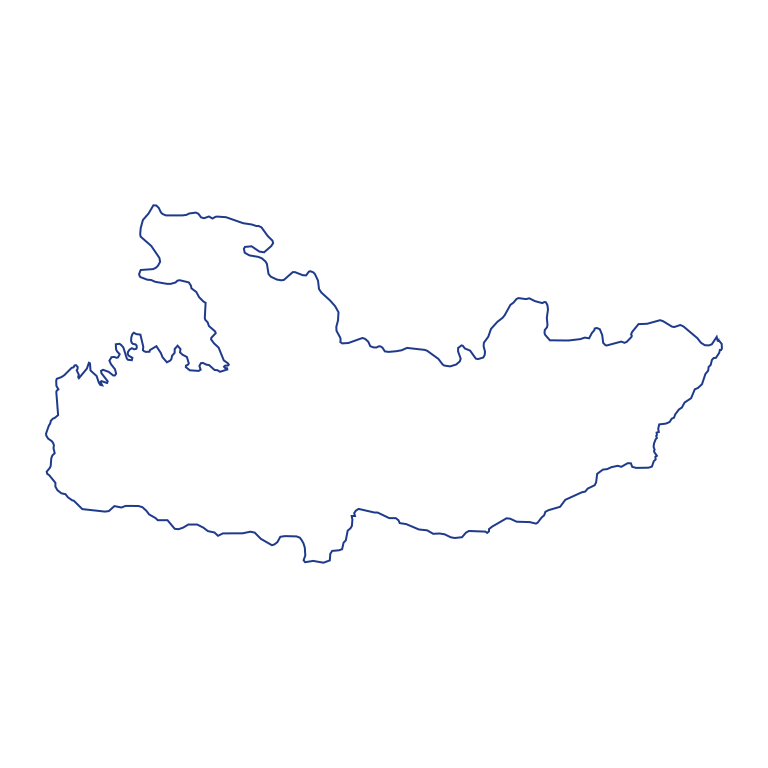 Qanya, Qacha's Nek, Lesotho (Mercator projection)
{"feature_id": "5366337B93749016515077", "entity_name": "Qanya", "entity_type": "district", "adm_level": 2, "iso_a3": "LSO", "parent_name": "Lesotho", "parent_adm1": "Qacha's Nek", "projection": "mercator", "projection_center": [28.412, -30.083], "detail": "fine", "context": "isolated", "style": "outline", "palette": "blue", "viewbox_px": 768, "rotation_deg": 0, "n_neighbors": 0, "source": "geoboundaries", "source_scale": "gbopen_adm2", "svg_char_len": 6073}
<svg xmlns="http://www.w3.org/2000/svg" viewBox="0 0 768 768"><path d="M303.6,560.2L305.1,562.2L313.2,560.9L323.5,562.7L329.8,560.4L330.3,553.8L332.2,550.9L339.0,550.3L342.1,549.2L343.6,542.6L345.8,540.4L347.7,530.6L350.4,528.4L351.9,525.9L352.4,519.7L351.7,516.0L355.0,516.0L354.2,513.1L355.8,510.7L358.6,508.9L374.3,512.5L377.5,512.5L389.2,518.1L395.7,518.1L398.5,520.3L399.7,523.1L406.2,524.1L419.0,529.5L427.1,530.3L433.2,533.8L439.6,533.5L444.6,534.3L450.8,537.3L454.8,538.0L462.0,537.2L466.0,532.6L468.9,531.0L485.3,531.6L487.2,532.9L489.0,531.4L489.0,529.1L492.0,526.7L506.5,518.3L510.2,518.7L516.6,521.7L529.7,522.1L536.0,523.6L537.6,522.7L541.8,517.3L544.1,515.4L545.4,511.8L548.7,510.1L560.1,506.8L565.3,499.8L581.8,492.3L585.2,491.6L587.7,488.6L594.7,485.2L596.1,482.4L597.2,473.8L602.9,469.6L607.2,469.1L611.3,467.2L617.7,465.8L621.3,466.8L627.7,463.2L630.9,463.3L632.2,466.8L636.1,467.9L648.5,467.7L651.9,466.6L653.8,461.2L655.6,459.5L655.4,456.7L656.9,455.8L654.3,452.1L654.0,450.9L654.6,449.7L653.6,446.8L654.0,443.5L655.7,439.2L656.9,438.0L656.2,436.0L656.9,435.0L656.6,432.6L658.8,432.0L658.2,428.8L659.2,424.4L665.9,423.6L669.6,422.0L671.7,418.7L674.0,417.7L675.2,414.4L678.9,409.5L681.9,407.5L684.6,402.5L691.1,398.2L694.8,389.3L697.9,388.0L702.0,384.2L705.4,374.0L708.2,370.6L708.6,367.0L710.7,364.9L711.9,360.0L713.7,358.0L715.9,357.9L719.2,352.9L719.9,349.9L721.1,350.0L721.9,348.6L721.7,343.9L719.3,341.0L718.4,341.0L718.4,339.8L717.5,340.2L716.7,336.9L711.8,344.3L708.8,345.4L704.8,345.2L700.9,342.7L697.3,338.1L683.4,326.4L680.3,325.0L674.4,327.0L672.1,326.7L663.1,321.2L660.1,320.2L647.0,323.8L638.5,324.1L632.1,332.0L631.1,334.4L631.8,335.8L631.5,336.9L626.7,341.9L624.5,342.8L621.2,341.6L606.6,345.5L605.5,345.2L603.2,342.9L602.2,335.0L599.8,329.2L596.8,328.0L594.7,328.5L594.3,330.3L592.0,332.8L589.1,338.3L584.8,337.6L580.4,339.1L568.6,340.5L549.9,340.3L545.2,334.9L544.5,333.0L544.8,330.0L547.0,327.3L547.5,324.7L546.8,317.9L548.0,309.4L547.4,305.1L545.9,302.3L544.4,302.0L542.3,303.1L534.9,301.1L529.3,298.3L526.1,299.1L518.5,298.1L516.5,299.0L513.5,302.6L510.4,304.9L504.7,315.2L502.6,317.8L497.4,321.8L491.0,328.9L488.3,336.7L483.9,342.7L483.6,346.1L485.0,351.7L484.7,354.9L483.3,357.5L478.0,359.1L475.8,358.6L470.1,350.6L464.9,348.5L462.8,345.8L461.5,345.4L458.1,348.0L458.1,351.5L460.7,358.7L459.8,361.4L456.2,364.5L450.2,366.4L444.0,365.5L442.4,364.2L438.4,358.9L427.2,350.8L424.8,349.9L407.0,347.9L401.5,350.3L396.3,351.2L388.6,351.9L384.9,351.4L382.4,347.6L380.7,346.5L379.2,346.2L376.3,347.5L373.5,347.4L370.3,346.2L368.2,341.6L365.0,338.8L362.4,338.0L348.4,343.0L342.3,343.4L340.4,342.1L340.6,339.0L340.0,337.2L336.5,330.8L336.3,326.9L338.0,320.4L338.5,312.3L335.2,306.3L330.0,300.4L321.4,292.6L319.0,289.0L318.0,280.6L314.9,274.0L313.2,272.3L310.2,271.2L308.8,271.7L306.1,275.4L302.8,275.2L294.9,272.1L292.8,272.1L283.9,279.9L281.4,280.3L277.0,279.6L270.8,276.7L268.5,273.9L266.9,263.8L265.5,261.5L262.0,258.4L258.4,256.9L249.4,255.4L244.7,252.7L243.9,248.7L245.0,246.9L251.6,246.3L259.4,251.6L264.1,252.3L271.2,246.1L273.1,243.2L272.5,240.7L267.8,236.1L261.4,227.3L258.4,225.9L256.6,226.1L251.8,224.5L243.1,223.2L226.0,217.2L217.5,216.6L215.6,216.8L212.4,218.5L209.0,216.5L204.0,218.2L201.1,217.4L198.3,213.7L195.8,212.6L189.2,213.5L186.4,214.9L182.5,215.4L165.9,215.4L162.6,214.0L161.0,212.5L158.7,207.8L156.3,205.5L153.4,205.3L148.5,213.6L142.9,220.0L140.7,228.1L140.2,234.1L140.6,236.6L151.3,246.0L159.4,257.9L160.1,261.8L158.0,265.7L156.1,267.6L153.1,269.1L140.7,270.0L139.1,274.0L139.5,275.8L140.4,277.1L147.3,279.7L151.1,280.0L155.2,281.8L167.3,283.9L170.5,283.9L175.5,282.5L177.4,280.7L179.6,280.2L188.8,282.4L191.0,285.8L191.4,288.3L196.3,292.0L199.1,297.2L203.4,301.5L205.6,302.8L204.8,318.2L205.3,319.8L207.7,322.4L208.9,326.0L215.2,331.5L215.7,333.2L211.3,337.8L211.1,339.4L213.9,343.2L218.6,347.6L223.8,360.4L227.8,363.2L228.8,364.7L227.8,365.6L225.2,365.6L224.0,366.7L224.9,367.9L227.1,368.3L227.3,369.5L219.9,371.8L217.5,370.2L214.6,370.0L209.1,365.1L206.6,364.7L202.8,362.9L200.9,363.2L199.4,365.9L200.6,369.7L198.7,370.9L189.8,370.3L185.8,367.1L186.0,365.6L188.0,364.7L188.8,363.4L186.9,357.0L182.5,354.7L180.0,352.4L180.5,349.1L177.6,345.7L174.7,349.0L174.6,352.9L172.1,355.7L171.4,359.0L170.3,360.5L166.9,362.3L162.5,357.2L160.9,353.1L156.4,346.2L149.9,350.1L149.5,351.7L145.9,351.9L144.0,351.2L142.9,350.1L143.3,346.9L140.4,334.6L136.2,334.1L133.8,332.7L132.4,334.1L131.3,337.4L131.1,340.9L131.7,342.8L133.0,343.9L135.6,344.4L136.6,345.6L136.8,347.4L136.3,348.8L134.1,349.3L131.9,348.2L129.6,349.6L128.0,351.9L127.7,353.6L128.5,355.6L132.4,357.8L131.8,360.2L128.0,359.8L126.8,358.5L123.4,347.6L121.5,345.3L119.5,343.8L115.8,344.3L116.1,349.4L117.0,351.3L119.7,354.2L118.0,357.4L116.5,357.8L114.2,356.9L111.5,357.2L109.4,360.7L111.0,364.2L115.0,369.3L116.1,373.6L115.0,375.4L113.3,375.5L108.6,371.8L103.0,369.8L101.0,370.9L101.5,373.3L107.7,381.3L107.1,383.0L101.4,381.1L100.5,382.0L102.2,385.3L100.3,384.9L98.8,382.6L96.6,376.0L90.5,370.5L90.0,363.4L88.9,362.8L86.9,368.6L78.9,378.2L78.2,377.0L78.8,374.7L76.7,370.3L77.5,369.0L77.7,367.1L76.1,365.2L74.5,365.5L73.6,367.3L71.6,367.9L64.3,375.2L61.4,377.1L56.8,378.8L56.2,380.7L56.4,385.9L58.4,389.3L56.7,390.7L56.3,392.0L58.1,415.1L54.8,417.9L52.8,418.7L50.8,420.8L50.2,423.6L48.9,425.5L46.1,433.4L46.2,435.5L48.1,438.6L51.6,441.0L53.1,442.9L53.9,445.2L53.5,448.2L54.7,453.2L52.4,455.4L51.3,458.2L50.7,465.8L50.1,467.5L46.7,471.7L47.2,473.8L49.3,475.3L55.4,482.8L55.4,486.6L57.4,490.2L61.4,493.3L65.5,494.2L67.9,497.3L72.0,500.2L73.9,500.8L82.3,509.1L104.9,511.6L108.8,511.1L114.4,506.1L121.4,507.5L125.7,505.9L138.3,506.0L142.3,507.1L146.3,510.7L149.1,514.4L155.6,518.1L157.7,520.2L167.5,520.2L174.7,528.8L178.5,529.2L183.0,527.7L188.4,524.5L197.1,524.5L203.3,527.6L207.9,531.1L214.5,532.5L218.0,535.8L222.9,533.4L242.6,533.3L250.4,531.7L254.7,532.6L260.8,538.8L271.9,545.2L274.3,544.5L277.4,542.1L280.3,536.8L284.9,536.1L296.5,536.4L299.9,537.7L301.5,539.9L303.4,543.2L304.8,547.6L305.3,555.5L303.6,560.2Z" fill="none" stroke="#1e3a8a" stroke-width="2"/></svg>